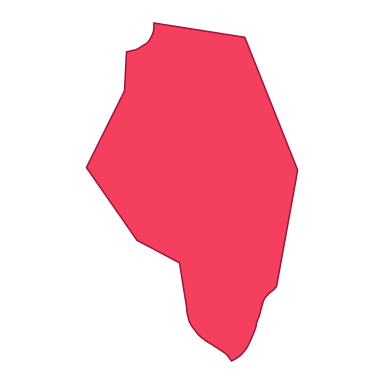 Castro Barros, La Rioja, Argentina
{"feature_id": "61730980B97852769949948", "entity_name": "Castro Barros", "entity_type": "district", "adm_level": 2, "iso_a3": "ARG", "parent_name": "Argentina", "parent_adm1": "La Rioja", "projection": "mercator", "projection_center": [-66.905, -28.889], "detail": "fine", "context": "isolated", "style": "filled", "palette": "rose", "viewbox_px": 384, "rotation_deg": 0, "n_neighbors": 0, "source": "geoboundaries", "source_scale": "gbopen_adm2", "svg_char_len": 1225}
<svg xmlns="http://www.w3.org/2000/svg" viewBox="0 0 384 384"><path d="M153.9,23.0L153.9,25.7L153.9,28.2L153.6,30.7L152.9,33.1L151.9,35.5L150.8,37.7L149.5,39.9L148.1,41.9L146.2,43.6L144.0,44.9L141.9,46.2L139.8,47.6L137.6,48.9L135.4,50.0L132.9,50.3L130.5,51.0L126.5,51.9L124.5,90.9L122.9,94.1L103.9,132.3L86.4,167.5L137.0,240.3L179.5,262.9L186.6,307.3L186.7,309.8L186.9,312.3L187.6,314.8L188.1,317.2L188.7,319.7L189.5,322.1L190.7,324.3L192.0,326.5L193.5,328.5L195.1,330.5L196.6,332.5L198.2,334.5L200.0,336.3L201.9,337.9L204.0,339.4L206.0,340.9L208.1,342.3L210.3,343.6L212.5,344.8L214.5,346.4L216.7,347.6L218.8,349.0L220.9,350.4L223.0,351.8L225.1,353.2L227.0,354.9L228.6,356.9L229.9,359.0L231.5,361.0L234.5,359.5L236.6,358.2L238.7,356.7L240.7,355.2L242.4,353.3L244.1,351.4L245.7,349.5L247.1,347.4L248.3,345.1L249.4,342.9L250.5,340.6L251.5,338.3L252.5,335.9L253.5,333.6L254.4,331.3L255.3,328.9L256.0,326.5L256.4,324.0L257.0,321.5L257.9,319.1L259.0,316.8L259.7,314.4L260.3,312.0L260.9,309.5L261.6,307.1L262.3,304.6L263.0,302.2L263.9,299.8L265.1,297.6L266.9,295.8L268.6,293.9L270.5,292.2L272.5,290.7L274.3,288.9L276.5,286.6L295.7,181.2L297.6,170.0L244.8,37.3L153.9,23.0Z" fill="#f43f5e" stroke="#9f1239" stroke-width="1.5"/></svg>